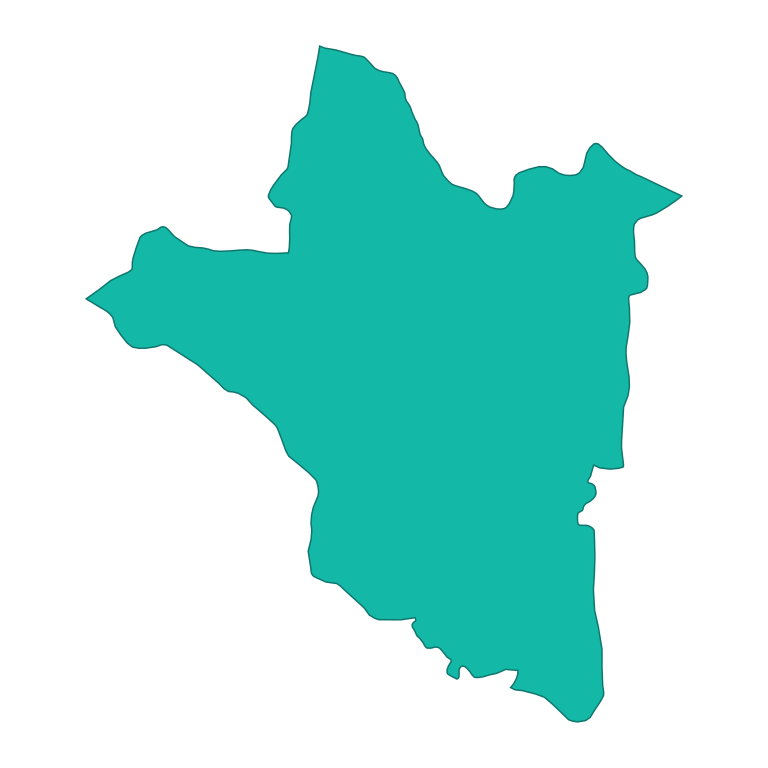 outline of Muong Lay, Điện Biên, Vietnam
{"feature_id": "81297802B55776801112281", "entity_name": "Muong Lay", "entity_type": "district", "adm_level": 2, "iso_a3": "VNM", "parent_name": "Vietnam", "parent_adm1": "Điện Biên", "projection": "robinson", "projection_center": [103.13, 22.03], "detail": "fine", "context": "isolated", "style": "filled", "palette": "teal", "viewbox_px": 768, "rotation_deg": 0, "n_neighbors": 0, "source": "geoboundaries", "source_scale": "gbopen_adm2", "svg_char_len": 5344}
<svg xmlns="http://www.w3.org/2000/svg" viewBox="0 0 768 768"><path d="M681.8,196.0L668.8,189.9L641.0,176.6L636.7,174.9L630.1,171.0L625.7,168.9L621.7,166.4L615.3,161.4L609.0,155.2L602.2,147.2L598.4,144.0L595.7,143.5L593.9,143.9L590.1,147.5L586.8,153.0L585.2,159.8L583.4,167.2L579.6,172.8L575.8,174.9L570.2,175.5L565.0,175.2L559.1,173.4L552.6,168.9L545.9,166.7L539.0,166.7L528.7,169.3L519.1,172.8L515.8,175.3L514.6,177.4L514.0,179.8L514.3,182.6L513.8,191.6L512.9,196.1L509.4,203.4L506.3,207.5L504.0,208.6L501.3,209.1L496.5,208.9L489.9,207.1L486.7,205.2L484.0,202.8L478.8,196.0L476.1,193.2L472.2,191.0L467.0,189.1L455.2,185.6L451.9,184.2L450.1,182.8L448.0,180.7L444.0,176.2L442.4,173.5L440.9,169.5L439.2,165.3L437.4,162.6L433.3,157.6L430.3,154.5L426.0,148.7L424.2,145.3L423.4,142.8L422.9,139.7L422.4,138.3L421.0,136.1L420.1,134.3L419.2,130.4L418.0,124.8L416.9,122.3L415.0,119.1L411.9,111.8L410.3,107.1L408.4,103.7L406.6,101.3L405.4,98.4L405.1,96.2L404.8,93.3L404.0,91.1L401.4,86.2L399.4,82.5L397.3,77.8L395.3,75.3L393.0,73.7L392.8,73.6L392.4,73.4L389.5,72.7L383.0,71.7L378.0,70.1L374.6,68.1L369.6,62.6L365.6,58.4L363.8,57.0L360.6,56.1L356.1,55.5L349.8,54.0L340.5,51.3L336.0,50.0L328.4,48.7L324.8,48.1L319.7,46.1L317.9,57.3L313.3,80.3L310.8,92.7L309.8,103.3L308.5,109.7L307.5,113.8L306.4,115.7L301.1,119.9L295.9,124.6L292.8,128.6L292.0,131.3L291.5,136.2L291.4,143.4L289.1,159.2L288.1,166.6L287.2,169.0L286.5,169.7L281.1,175.1L273.4,185.4L270.4,190.3L269.7,192.3L268.6,194.7L268.3,196.4L269.0,198.4L274.9,206.1L275.5,206.6L277.4,207.3L279.7,207.5L284.1,208.2L287.2,209.7L289.4,211.8L290.6,213.6L291.4,215.1L291.6,216.1L291.2,218.8L290.2,222.6L289.7,224.9L289.6,231.4L289.7,238.6L289.3,247.6L288.4,252.8L281.8,253.2L275.7,253.4L267.9,253.2L259.9,251.8L252.7,250.3L247.2,249.8L239.5,250.1L230.5,250.9L220.1,251.3L213.4,250.8L208.9,249.3L203.2,248.0L195.3,247.4L188.2,245.9L184.0,243.0L174.7,236.8L168.7,230.2L165.9,227.6L163.4,226.7L161.3,227.0L159.8,227.9L157.0,229.9L154.8,230.5L145.7,233.2L141.8,235.5L140.1,237.2L136.2,247.9L133.1,257.9L132.3,262.7L132.3,267.8L131.8,269.6L128.1,272.3L119.6,276.0L110.6,280.6L99.0,289.7L86.2,298.8L87.3,299.6L100.7,307.7L105.7,310.5L109.5,313.5L112.8,317.4L115.4,326.9L120.9,335.1L127.2,343.0L132.4,347.0L138.3,348.2L145.8,348.2L156.0,346.7L161.3,344.8L165.0,344.7L167.6,345.6L178.4,352.5L197.8,364.9L218.9,383.4L223.9,388.6L228.5,391.5L233.5,392.0L238.1,393.2L246.1,397.7L252.3,404.6L266.7,417.1L274.8,424.5L277.1,427.6L280.9,437.2L285.9,451.0L288.7,456.1L291.6,458.5L298.7,464.2L309.3,473.2L315.7,479.7L316.7,481.4L318.0,486.3L318.6,491.9L318.0,495.9L313.3,507.4L311.6,514.9L311.0,523.3L311.8,530.2L311.2,538.8L308.2,551.2L310.1,563.5L310.8,568.2L311.1,571.1L311.6,573.5L312.5,575.1L313.8,576.4L315.2,577.2L325.7,581.9L330.6,582.7L336.7,583.5L340.1,585.8L345.7,591.1L355.9,600.3L364.2,607.9L369.3,615.0L374.9,618.4L379.0,619.7L385.1,619.7L397.1,619.8L401.0,619.8L415.1,617.7L415.6,619.0L415.8,620.0L415.8,620.5L415.4,621.0L414.3,621.8L413.3,622.7L412.2,624.5L412.2,625.7L412.4,627.1L413.5,628.7L414.7,630.9L417.0,635.9L418.5,637.2L420.2,638.8L421.5,640.7L423.0,642.5L423.9,644.2L424.9,646.0L425.5,646.8L426.6,647.9L427.9,648.1L429.4,648.1L430.9,648.1L432.9,647.7L434.4,647.1L436.4,647.1L439.2,647.8L442.3,651.0L447.1,657.1L449.4,658.6L450.8,659.7L450.9,660.0L451.2,660.5L451.1,661.6L450.5,662.6L449.8,663.8L448.4,666.1L447.8,667.7L447.3,669.0L447.0,670.1L447.1,671.4L447.1,672.5L447.5,673.7L448.3,674.4L450.5,675.7L453.0,677.1L455.1,678.1L456.4,678.9L457.3,678.9L458.2,678.3L458.8,677.4L459.0,676.6L459.0,675.3L459.1,673.7L459.1,671.9L459.0,670.0L459.4,669.1L459.8,668.2L460.3,667.2L461.2,666.6L462.1,666.2L463.0,666.2L464.2,666.3L465.4,667.0L466.9,668.2L468.4,669.9L470.3,672.2L472.1,674.9L474.2,677.1L476.3,677.6L478.2,677.5L481.1,677.1L483.1,676.8L488.0,675.3L491.2,674.5L494.2,673.9L496.7,673.3L498.9,672.4L502.6,670.8L505.5,669.4L517.9,670.4L517.8,673.8L516.6,678.2L513.9,683.5L510.6,687.6L515.1,689.8L522.4,690.6L535.6,694.0L544.3,697.2L552.1,703.8L560.9,712.2L568.7,719.8L572.6,721.1L577.5,721.9L585.5,720.6L590.1,717.5L594.1,710.9L600.8,700.8L602.5,697.5L603.2,696.2L603.5,695.8L603.5,695.2L603.7,692.3L602.7,685.8L602.0,668.4L602.0,649.3L598.3,626.8L594.6,610.5L593.4,589.7L594.4,573.2L594.9,557.2L594.5,539.6L594.1,530.2L592.3,528.0L590.9,527.1L589.7,526.3L586.9,525.4L582.1,525.3L579.7,525.3L578.0,524.0L577.5,520.6L577.5,517.6L577.5,516.0L577.7,514.8L577.8,513.5L578.9,512.4L582.3,510.5L582.9,509.4L583.1,508.2L583.7,506.1L585.9,503.6L590.2,501.2L593.4,498.4L595.1,496.2L595.9,494.0L596.0,491.8L595.0,486.9L593.8,485.2L591.4,483.5L589.3,483.2L588.1,482.3L587.9,481.7L587.8,481.0L588.1,480.1L590.6,476.1L591.3,473.3L592.6,468.7L593.7,465.1L599.8,467.9L610.0,469.1L618.0,468.4L622.1,467.4L623.3,466.8L623.5,465.5L623.3,462.5L622.4,455.8L621.5,447.7L621.6,439.9L622.9,419.4L623.6,407.1L628.0,395.6L629.4,387.0L629.1,377.5L626.6,361.0L626.0,353.5L626.1,347.7L628.2,334.8L629.8,322.1L629.4,308.3L628.7,300.3L628.6,298.2L629.2,296.1L630.1,295.1L640.7,292.4L645.2,289.7L646.7,288.1L647.5,285.4L647.7,281.8L647.8,280.3L647.9,276.8L647.0,272.9L645.2,269.3L641.8,265.1L636.6,259.5L635.6,257.9L634.9,254.4L634.6,249.0L634.5,241.8L633.5,231.7L633.7,227.2L634.4,224.1L637.6,219.9L640.9,218.2L652.1,214.9L656.2,213.2L667.7,206.3L676.8,199.9L681.8,196.0Z" fill="#14b8a6" stroke="#0f766e" stroke-width="1.5"/></svg>